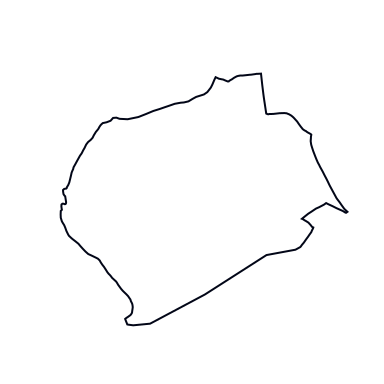 Reduit, Gros Islet, Saint Lucia (orthographic projection), rotated 324°
{"feature_id": "8701671B96547889187506", "entity_name": "Reduit", "entity_type": "district", "adm_level": 2, "iso_a3": "LCA", "parent_name": "Saint Lucia", "parent_adm1": "Gros Islet", "projection": "orthographic", "projection_center": [-60.961, 14.069], "detail": "fine", "context": "isolated", "style": "outline", "palette": "ink", "viewbox_px": 384, "rotation_deg": 324, "n_neighbors": 0, "source": "geoboundaries", "source_scale": "gbopen_adm2", "svg_char_len": 3579}
<svg xmlns="http://www.w3.org/2000/svg" viewBox="0 0 384 384"><g transform="rotate(324 192 192)"><path d="M278.6,113.0L277.3,113.7L276.0,114.4L271.7,117.0L268.6,118.6L263.1,120.2L259.0,120.1L251.2,117.5L247.2,117.0L242.4,116.6L238.1,114.8L235.3,113.1L229.9,110.5L223.6,108.6L220.1,107.5L214.8,105.9L208.3,103.7L200.7,101.9L195.3,100.5L193.7,100.1L192.4,99.7L182.7,95.3L176.4,90.2L174.5,87.4L171.7,85.7L168.0,86.5L163.9,85.4L160.3,83.8L158.4,84.0L157.0,84.3L154.9,85.1L153.6,85.8L152.3,86.2L151.1,86.5L149.5,86.9L147.6,87.7L145.9,88.4L143.5,89.7L140.7,90.3L137.3,90.5L134.3,91.4L130.8,93.3L128.7,94.2L126.0,95.6L125.4,95.9L122.7,96.8L119.7,98.2L116.9,99.5L114.0,100.9L110.7,102.4L109.2,103.7L107.9,104.4L106.1,105.5L103.6,107.7L100.9,110.0L98.4,112.1L96.0,113.6L93.8,114.5L92.9,115.2L92.2,115.3L91.8,115.0L90.4,114.4L88.8,114.6L87.9,116.0L86.8,118.2L86.7,120.0L86.9,120.9L84.2,126.2L83.5,127.0L82.6,127.4L81.9,127.1L81.3,126.1L80.3,125.3L79.1,125.4L77.9,126.8L76.7,129.0L76.3,129.9L75.2,130.1L74.7,130.2L72.5,133.0L70.7,135.7L69.5,139.2L69.3,140.8L69.1,143.7L68.5,146.3L67.5,149.7L66.8,153.7L66.7,155.2L66.8,155.6L67.2,157.8L67.6,159.6L68.7,163.4L69.7,167.1L69.9,170.1L70.3,173.8L70.8,177.5L71.6,181.2L73.4,184.4L75.8,188.9L76.7,190.7L77.1,193.2L76.8,195.3L76.7,198.2L76.8,200.8L76.6,204.4L76.4,207.2L76.5,209.4L76.7,210.3L76.9,212.3L76.9,214.5L77.3,216.5L77.9,219.5L78.0,219.8L77.9,221.9L77.7,223.6L77.7,226.0L77.7,228.6L77.9,231.1L78.3,233.5L78.8,236.3L79.1,238.8L79.0,241.1L79.0,242.7L78.4,244.4L78.0,247.0L77.4,248.5L76.4,250.3L75.2,251.6L73.9,252.9L72.8,254.1L71.8,254.8L69.9,255.4L67.0,255.4L64.8,255.3L63.3,255.4L62.5,258.4L62.3,259.3L61.9,260.7L61.8,261.1L62.4,261.8L66.1,265.3L80.7,273.9L142.2,282.5L215.2,286.8L241.8,299.5L247.3,300.2L248.1,300.0L249.8,299.4L252.7,298.7L256.4,297.4L259.6,296.4L261.8,295.6L264.9,294.6L266.0,293.9L266.5,293.6L268.5,292.6L269.3,292.0L268.6,290.7L268.6,288.9L268.2,285.2L267.0,282.2L266.6,281.4L265.8,279.3L265.2,278.3L268.9,278.1L273.3,277.9L276.9,278.1L282.6,278.3L285.8,279.0L291.3,279.8L294.0,279.8L295.1,282.0L297.4,286.1L299.4,290.0L302.9,296.1L304.0,298.9L304.5,299.4L306.1,299.4L305.3,295.2L305.3,292.4L305.3,290.6L305.4,287.3L305.3,283.7L305.3,282.0L306.7,271.4L307.1,268.4L307.4,266.5L308.0,263.4L308.2,262.1L308.4,261.0L309.0,256.8L309.2,255.5L309.7,252.5L310.4,246.8L310.8,244.7L311.0,242.9L311.3,241.2L311.6,240.0L311.7,239.4L312.5,236.2L313.7,231.7L314.1,230.2L315.3,226.5L316.2,223.9L316.7,222.9L317.9,220.6L319.4,218.8L318.3,220.2L319.7,218.5L320.8,217.1L322.2,215.8L322.2,215.3L321.6,213.8L320.8,212.2L320.4,211.2L320.3,210.9L320.1,210.4L320.0,209.7L319.3,208.5L318.7,206.8L318.5,205.8L318.5,204.6L318.4,203.2L318.4,202.4L318.4,201.1L318.4,199.4L318.5,196.9L318.4,195.9L318.2,194.1L318.1,193.1L317.9,191.4L317.6,190.0L317.2,188.5L317.0,188.0L316.1,186.0L315.5,185.1L314.8,183.9L314.5,183.7L313.1,182.4L311.7,181.5L309.3,179.8L308.2,179.2L303.8,176.7L302.6,175.9L301.0,174.8L300.3,174.3L300.0,174.2L299.3,173.9L299.1,173.6L298.7,173.2L298.5,172.8L298.4,172.3L298.2,172.1L303.5,161.9L303.8,161.3L305.9,157.3L307.2,154.9L311.8,146.6L317.4,136.8L317.1,136.6L316.7,136.4L316.0,135.9L314.7,135.1L313.8,134.4L312.9,134.0L311.0,133.0L308.9,131.9L307.3,130.9L305.0,129.6L301.7,127.7L300.3,126.7L299.3,126.0L298.7,125.8L297.8,125.3L296.1,124.7L293.8,124.4L292.9,124.3L291.4,124.3L290.4,124.3L289.2,124.1L288.0,124.0L287.1,124.0L286.7,124.1L286.0,123.7L285.8,123.4L285.2,122.5L284.1,120.7L283.9,120.4L283.7,119.9L283.2,119.2L282.4,118.4L280.3,116.1L280.0,115.5L278.6,113.0Z" fill="none" stroke="#020617" stroke-width="2"/></g></svg>